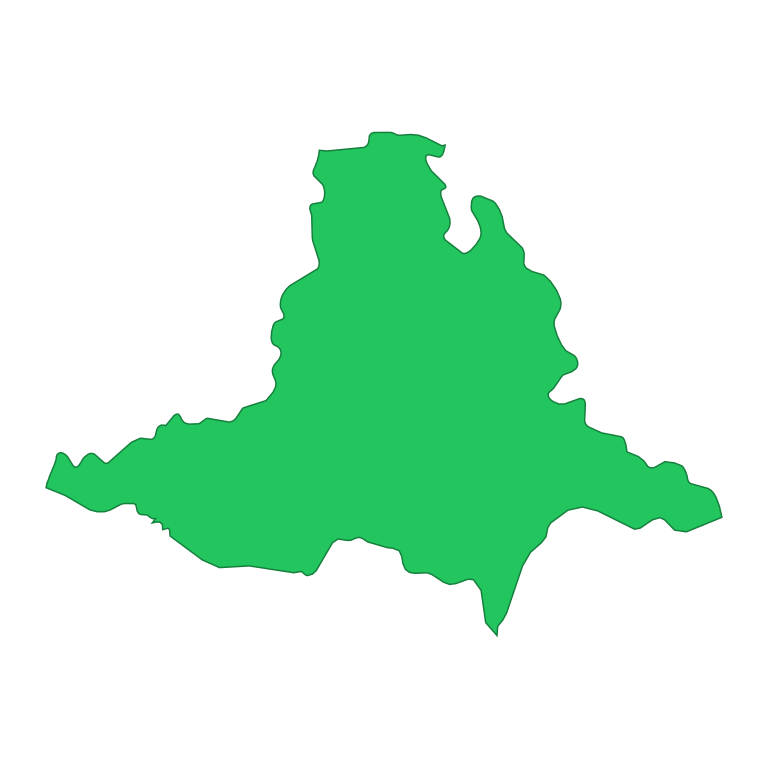 outline of Jihomoravský
{"feature_id": "CZE-10370", "entity_name": "Jihomoravský", "entity_type": "Region", "adm_level": 1, "iso_a3": "CZE", "parent_name": "Czechia", "parent_adm1": "", "projection": "orthographic", "projection_center": [16.577, 49.119], "detail": "fine", "context": "isolated", "style": "filled", "palette": "green", "viewbox_px": 768, "rotation_deg": 0, "n_neighbors": 0, "source": "natural_earth", "source_scale": "10m", "svg_char_len": 4292}
<svg xmlns="http://www.w3.org/2000/svg" viewBox="0 0 768 768"><path d="M97.1,511.7L89.9,509.9L65.1,495.4L46.1,487.7L47.0,483.0L48.3,480.1L49.6,476.2L54.7,463.9L56.3,458.8L56.3,456.8L57.2,454.5L58.7,453.2L60.6,452.7L62.8,453.1L65.1,454.4L67.4,456.5L73.4,466.2L75.2,467.2L77.1,466.9L78.8,465.5L81.4,461.7L82.4,459.6L84.7,456.9L88.1,454.3L90.1,453.5L92.3,453.4L94.5,454.2L104.1,462.7L105.9,463.4L107.9,463.1L131.4,442.3L140.4,438.2L151.5,439.4L153.6,438.4L155.2,436.3L156.9,429.4L158.2,427.1L159.8,425.8L161.4,425.1L164.5,425.2L165.8,425.6L174.2,415.4L176.5,414.1L178.7,414.3L180.3,416.6L181.7,419.5L183.2,421.6L184.9,423.0L188.7,424.1L198.3,423.8L200.3,423.0L206.0,418.7L207.5,418.3L229.5,422.1L232.9,421.0L235.6,418.8L242.2,409.0L243.5,407.8L266.1,400.6L273.1,392.1L275.4,387.3L275.9,384.9L275.9,382.7L275.4,380.5L272.8,374.2L272.4,372.0L272.4,369.7L273.1,367.4L274.4,364.8L278.9,359.5L280.3,356.8L281.0,354.2L281.0,351.9L280.4,349.8L279.2,348.0L277.6,346.6L273.6,344.6L272.3,342.8L271.5,340.4L271.2,337.6L271.7,331.5L273.2,325.5L274.4,323.2L275.9,321.8L282.7,319.1L283.6,318.0L284.0,316.4L283.8,314.5L283.3,313.1L281.1,308.9L280.5,307.1L280.3,304.7L280.5,301.7L281.2,298.4L282.4,295.2L285.8,289.8L289.8,285.7L317.6,268.8L318.9,266.4L319.3,263.5L318.9,260.1L312.9,241.3L312.3,237.8L311.7,215.5L309.8,208.9L310.0,206.7L310.8,205.0L312.3,204.0L321.8,202.3L323.1,200.7L324.0,198.5L324.5,195.7L324.7,192.7L324.4,189.7L323.7,186.9L322.6,184.5L313.9,175.8L313.1,173.6L313.2,171.1L317.1,161.4L318.6,155.7L319.3,150.3L327.0,151.0L364.5,147.4L367.3,145.1L368.4,143.1L369.0,139.9L369.4,135.8L371.0,133.6L373.7,132.5L390.6,132.4L393.0,133.0L397.0,134.9L399.9,135.3L410.5,134.5L418.4,135.2L425.9,137.8L441.8,145.8L445.2,145.1L443.9,151.0L442.5,154.7L440.7,156.6L438.8,157.1L428.7,154.7L426.5,155.4L425.6,157.4L425.9,160.2L427.1,163.7L431.4,171.0L445.0,184.4L445.7,186.0L445.8,187.3L444.9,188.4L441.4,190.1L440.7,192.1L440.8,194.9L441.7,198.2L449.6,218.3L450.0,221.1L450.0,223.8L449.5,226.3L448.6,228.7L447.1,230.9L445.0,233.0L443.6,235.2L443.9,237.6L445.4,240.1L462.8,253.5L465.5,253.4L468.3,252.1L471.1,250.0L476.2,244.3L479.9,238.4L480.8,235.7L481.1,232.7L480.7,229.5L480.0,226.4L477.7,220.6L471.9,211.0L471.4,209.3L471.2,207.2L471.7,201.3L472.9,198.4L474.9,196.7L477.6,196.0L480.7,196.1L493.1,201.2L495.4,203.3L499.3,209.4L502.2,216.8L504.4,228.2L505.5,230.7L507.1,233.3L522.0,247.6L523.0,249.4L523.8,251.5L524.2,253.9L523.8,263.5L524.8,266.2L526.6,268.4L532.0,271.5L543.9,275.1L550.4,281.3L556.5,290.2L560.3,299.0L560.9,302.6L560.8,305.4L560.5,307.7L560.2,308.5L559.9,309.6L554.7,319.1L554.0,322.3L554.3,326.4L557.2,335.9L561.6,345.0L565.8,350.7L574.2,355.6L575.5,357.0L576.7,358.9L577.5,361.6L577.8,364.4L577.1,366.8L575.8,368.8L571.9,371.6L563.2,374.9L561.7,376.5L553.5,388.4L548.6,392.8L548.1,395.1L548.8,397.4L550.5,399.6L552.9,401.5L558.8,404.0L564.4,404.0L579.9,398.5L582.3,398.7L584.2,399.9L585.1,402.3L585.3,405.6L584.6,420.8L585.3,423.4L586.6,425.3L588.3,426.8L601.6,432.9L621.4,436.8L623.0,437.8L624.2,439.7L625.9,444.8L627.0,451.9L638.4,456.6L644.2,461.2L647.7,466.4L649.8,467.6L652.2,467.9L654.7,467.4L664.9,461.7L674.3,462.9L681.7,465.8L683.0,467.0L685.1,470.5L686.8,475.0L687.8,480.0L688.8,482.2L690.9,483.7L708.4,488.6L711.5,490.7L714.0,493.8L716.2,497.7L719.4,506.3L721.9,517.3L686.4,531.8L674.6,530.1L664.6,519.8L659.9,517.6L652.3,519.9L646.4,523.9L640.2,528.1L634.6,529.2L597.7,510.9L582.3,507.0L567.9,510.2L550.7,522.9L547.8,527.5L546.0,536.8L541.4,542.7L530.4,552.4L522.5,566.0L506.5,613.2L502.8,620.0L497.7,626.3L497.0,635.6L485.7,622.6L481.1,590.3L473.4,579.6L468.1,579.2L455.8,583.6L449.6,584.4L443.6,582.2L431.9,574.5L427.0,572.8L414.7,573.3L409.6,572.4L405.4,569.4L403.0,563.7L401.8,556.6L399.3,550.8L393.1,548.3L387.2,547.6L367.9,542.0L362.4,538.4L359.5,537.4L356.5,537.8L350.7,540.3L347.4,540.4L338.1,539.0L332.5,542.8L316.1,570.8L312.5,574.1L307.4,575.6L305.6,575.0L301.4,571.5L294.7,572.5L294.3,572.8L249.3,565.9L219.5,567.6L202.4,560.0L170.2,536.1L169.8,533.7L169.8,530.3L168.1,528.2L162.7,529.6L162.4,524.4L160.0,522.2L156.4,522.0L152.3,522.9L155.6,518.6L152.9,518.7L150.6,517.6L147.1,515.0L140.9,514.5L138.7,513.5L137.2,511.0L135.9,505.0L134.1,503.6L124.2,503.5L121.4,504.1L109.9,510.1L104.5,511.7L97.1,511.7Z" fill="#22c55e" stroke="#15803d" stroke-width="1.5"/></svg>